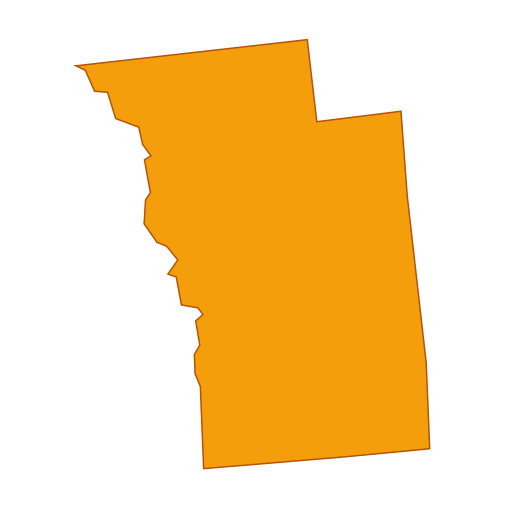 outline of Clinton, Illinois, United States of America, rotated 84°
{"feature_id": "52423323B49787414673276", "entity_name": "Clinton", "entity_type": "district", "adm_level": 2, "iso_a3": "USA", "parent_name": "United States of America", "parent_adm1": "Illinois", "projection": "equal_earth", "projection_center": [-89.453, 38.58], "detail": "fine", "context": "isolated", "style": "filled", "palette": "amber", "viewbox_px": 512, "rotation_deg": 84, "n_neighbors": 0, "source": "geoboundaries", "source_scale": "gbopen_adm2", "svg_char_len": 581}
<svg xmlns="http://www.w3.org/2000/svg" viewBox="0 0 512 512"><g transform="rotate(84 256 256)"><path d="M380.3,97.9L212.2,99.3L127.2,96.7L128.6,170.9L128.8,181.5L46.2,182.4L48.0,415.3L53.5,406.3L75.3,399.3L77.7,386.5L104.6,381.2L115.7,359.1L133.2,357.1L145.4,350.0L148.7,356.9L181.9,354.4L188.7,360.0L212.3,363.9L232.1,353.0L237.0,343.8L251.8,334.2L264.8,345.5L268.5,337.5L296.9,335.3L301.5,319.2L308.7,314.9L314.3,322.8L338.7,321.2L347.5,327.6L366.6,328.9L380.0,325.0L462.0,330.3L465.0,188.5L465.8,103.4L380.3,97.9Z" fill="#f59e0b" stroke="#b45309" stroke-width="1.5"/></g></svg>